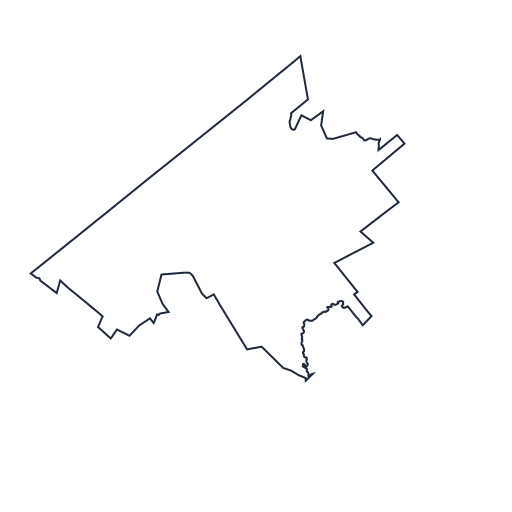 Agua Prieta, Sonora, Mexico, rotated 321°
{"feature_id": "50627088B23353633303984", "entity_name": "Agua Prieta", "entity_type": "district", "adm_level": 2, "iso_a3": "MEX", "parent_name": "Mexico", "parent_adm1": "Sonora", "projection": "orthographic", "projection_center": [-109.212, 31.022], "detail": "fine", "context": "isolated", "style": "outline", "palette": "slate", "viewbox_px": 512, "rotation_deg": 321, "n_neighbors": 0, "source": "geoboundaries", "source_scale": "gbopen_adm2", "svg_char_len": 5718}
<svg xmlns="http://www.w3.org/2000/svg" viewBox="0 0 512 512"><g transform="rotate(321 256 256)"><path d="M416.2,128.6L400.7,128.8L390.2,128.8L362.9,128.9L345.9,129.0L277.4,128.6L221.7,128.2L164.9,128.2L163.5,128.2L152.4,128.1L129.7,128.1L69.9,127.8L71.7,134.8L73.6,136.9L72.9,139.4L77.8,159.4L88.4,151.8L89.9,162.3L91.6,170.2L97.5,199.1L98.8,206.5L97.5,207.0L88.5,211.8L88.9,214.0L91.2,228.6L93.1,228.2L99.0,226.4L101.7,225.6L107.5,238.4L121.3,236.5L134.3,237.7L134.3,243.7L138.6,241.4L142.2,239.1L143.2,240.6L144.5,240.2L145.3,240.4L152.8,244.5L153.3,234.1L156.9,221.5L170.9,210.9L190.0,224.0L193.8,227.2L194.5,231.2L191.6,245.2L190.3,251.4L191.0,257.7L199.0,259.3L197.1,271.6L190.3,323.0L203.3,330.0L206.7,360.1L211.2,367.3L214.1,375.3L217.8,382.1L216.2,384.2L226.1,383.3L225.3,382.9L224.7,382.8L223.4,382.8L222.8,383.0L221.2,382.6L221.2,382.4L221.4,382.1L221.6,381.8L222.1,381.3L222.3,381.0L222.5,380.8L222.7,380.6L222.7,380.3L222.9,379.8L223.0,379.6L222.9,379.0L223.1,378.7L222.9,377.9L222.9,377.7L223.1,377.5L223.2,377.1L223.4,377.0L223.7,376.7L224.0,376.6L224.1,376.4L224.3,376.1L224.4,375.1L224.2,374.8L224.1,374.6L223.9,374.3L224.0,374.1L223.7,372.9L223.4,372.4L223.0,371.7L223.0,371.1L223.2,370.9L223.4,370.8L223.5,370.6L223.7,370.4L223.8,370.4L224.0,370.2L224.4,369.8L224.5,369.7L224.6,369.8L225.1,369.8L225.2,370.1L225.3,370.3L225.6,371.2L225.6,371.3L225.4,371.5L225.3,371.8L225.1,372.3L224.9,372.6L224.9,372.9L225.1,373.1L225.4,373.4L226.2,373.6L226.6,373.6L227.1,373.5L227.2,373.4L227.7,373.1L227.9,372.8L227.9,372.7L228.2,372.0L228.4,372.0L228.4,371.9L228.5,370.9L228.6,370.4L228.6,370.1L228.7,369.9L229.0,369.5L229.5,368.9L229.8,368.5L230.0,368.5L230.2,368.4L230.4,368.4L230.6,368.2L231.0,367.6L231.3,367.0L231.3,366.7L231.2,366.5L230.4,365.8L230.2,365.6L230.1,365.0L230.1,364.8L230.2,364.6L230.1,364.4L230.2,364.0L230.8,363.1L231.1,362.9L231.1,362.7L231.3,362.4L231.2,362.1L231.2,361.6L231.5,360.9L231.7,360.6L232.3,360.4L232.5,360.2L233.3,360.3L233.8,359.9L234.2,359.2L234.9,358.3L235.0,358.1L234.9,357.8L235.0,357.5L235.3,356.5L235.5,356.3L235.6,355.8L235.7,355.4L235.8,355.2L236.0,354.9L236.1,354.7L235.8,354.2L235.6,354.0L235.6,353.9L235.8,353.3L235.9,353.0L236.3,352.5L237.0,352.0L237.3,351.7L237.5,351.6L237.8,351.6L238.2,351.4L238.7,351.0L239.0,350.6L239.3,350.2L239.2,350.1L239.0,349.9L239.0,349.7L239.6,348.9L240.1,348.8L240.3,348.6L240.5,348.2L240.8,347.9L241.1,347.8L241.3,347.7L241.4,347.1L241.5,346.7L241.7,346.2L241.9,345.9L242.0,345.8L242.1,345.6L242.1,345.3L242.1,345.2L242.4,345.1L242.6,345.2L243.1,345.3L243.6,345.6L244.3,345.6L244.5,345.6L245.0,345.5L245.4,345.2L245.7,345.0L245.8,344.9L246.2,344.2L246.2,343.9L246.3,343.1L246.6,342.1L246.6,341.9L246.7,341.6L246.7,341.2L246.8,341.1L247.1,340.9L247.2,340.6L247.3,340.5L247.8,340.7L248.1,341.0L248.3,341.1L248.6,341.1L248.8,341.0L249.0,340.9L249.8,340.3L250.5,339.5L250.8,338.6L250.8,338.2L251.2,337.7L251.4,337.6L251.8,337.4L252.3,337.3L252.6,337.4L253.3,337.3L253.8,337.2L254.3,337.2L254.7,337.2L255.8,337.6L256.0,337.9L256.3,338.5L256.3,338.8L256.3,339.3L256.4,339.6L257.2,340.0L257.7,340.6L257.8,340.8L258.2,341.0L258.7,341.5L259.2,341.8L259.8,341.9L260.4,341.7L261.0,341.7L262.9,342.2L263.6,342.2L264.4,342.1L264.8,341.8L265.3,341.6L266.4,341.6L266.8,341.3L267.3,341.3L267.6,341.4L269.5,341.5L270.5,341.9L270.9,341.7L271.5,341.4L271.9,341.4L272.2,341.5L272.4,341.8L272.7,342.0L273.6,342.2L273.8,342.3L274.0,342.2L274.4,342.4L274.6,342.6L275.0,342.8L275.1,343.1L275.1,343.3L275.4,343.2L276.1,343.2L276.6,343.6L277.3,343.7L277.7,343.7L278.0,343.6L278.3,343.4L278.6,343.1L278.9,343.0L278.9,342.9L278.9,342.7L279.2,342.1L279.2,341.7L279.1,341.3L278.9,341.0L278.9,340.8L279.2,340.6L279.4,340.5L279.6,340.7L280.1,341.2L280.7,341.5L281.2,341.7L281.7,342.0L281.9,342.2L282.0,342.5L282.3,342.9L282.5,342.9L282.8,342.9L283.0,342.8L283.3,342.3L283.4,342.0L283.7,341.6L284.0,341.2L284.2,341.3L284.6,341.3L285.3,341.2L285.4,341.3L285.7,341.7L286.0,341.9L286.0,342.0L285.9,342.4L285.9,342.5L286.0,342.9L286.4,343.5L286.6,343.7L287.6,344.1L289.5,344.5L290.1,344.5L290.2,344.4L290.3,344.3L290.3,343.8L290.3,343.6L290.7,343.1L290.8,343.1L291.0,343.1L291.5,343.5L292.2,343.8L292.5,343.8L292.8,343.9L293.2,344.3L293.8,344.5L294.3,344.9L294.4,345.2L294.5,345.6L294.7,346.1L294.9,346.3L294.9,346.5L294.7,346.9L294.1,347.4L293.8,347.6L293.5,348.0L293.2,348.3L292.6,348.5L291.7,348.8L291.4,348.8L291.2,349.0L291.3,350.3L291.1,350.5L291.1,350.8L291.2,351.1L291.3,351.3L291.5,351.4L292.4,352.1L292.5,352.2L293.0,352.0L293.5,352.3L294.2,352.6L294.6,352.8L295.0,352.9L295.6,352.9L295.5,367.3L295.8,368.3L295.4,377.0L307.9,375.4L307.8,367.3L308.1,347.6L312.3,347.8L312.5,310.7L331.3,314.5L355.5,319.5L352.6,302.7L386.3,303.5L400.6,304.0L400.2,262.8L442.1,262.1L442.0,254.5L441.8,250.8L433.3,250.8L428.4,250.8L417.9,250.8L418.8,249.7L419.1,249.3L419.7,248.9L421.0,247.5L422.2,245.5L422.3,245.4L422.8,245.2L423.3,244.9L424.4,244.2L425.1,243.8L425.3,243.6L425.6,243.5L425.8,243.3L425.5,243.3L425.1,243.2L424.2,242.7L423.2,241.7L422.8,241.3L422.2,240.9L420.7,239.0L420.1,238.1L419.7,237.4L419.3,236.8L418.6,236.1L417.9,235.9L417.4,235.8L416.4,235.6L413.9,235.1L413.7,234.9L413.4,234.7L413.1,234.6L412.9,234.1L412.9,233.9L412.9,233.0L413.1,232.6L412.9,231.2L412.8,230.7L412.7,230.6L412.5,230.4L411.9,229.0L411.9,228.6L412.1,228.1L411.9,227.9L411.8,227.4L411.6,226.9L411.8,226.7L411.6,226.1L411.5,225.7L411.5,225.0L411.5,223.8L411.6,223.3L411.7,222.8L389.5,213.4L385.1,209.3L388.8,195.5L399.3,185.8L384.1,185.0L379.8,175.2L365.9,182.0L365.6,182.0L365.0,181.7L364.1,180.9L363.8,180.4L363.7,179.7L363.8,177.6L366.6,172.7L366.8,172.6L368.3,171.7L369.1,171.1L372.4,168.4L373.0,167.1L394.9,167.0L416.2,128.6Z" fill="none" stroke="#1e293b" stroke-width="2"/></g></svg>